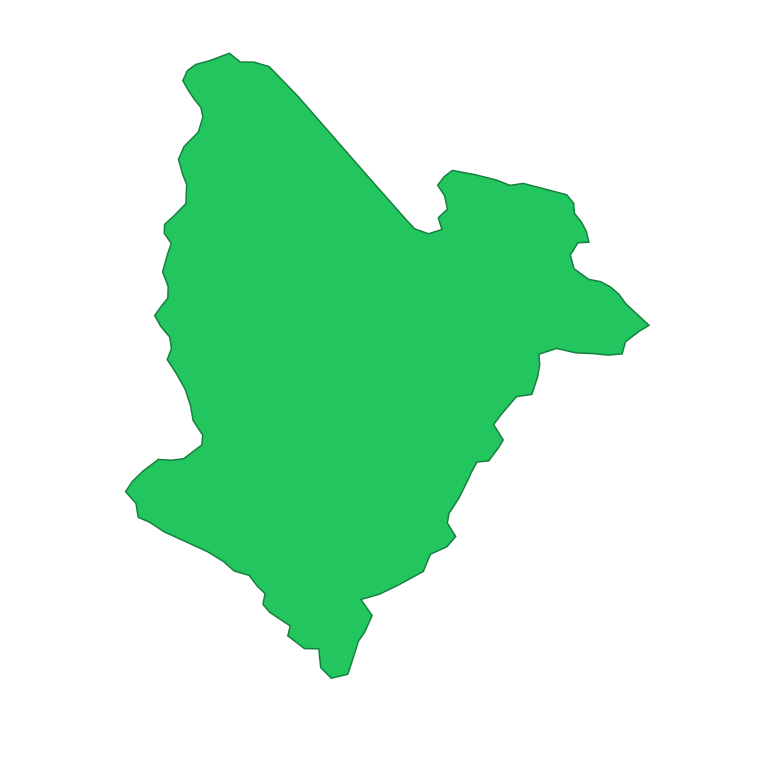 the district of Pedra Bela, São Paulo, Brazil, rotated 100°
{"feature_id": "56859067B20014671939660", "entity_name": "Pedra Bela", "entity_type": "district", "adm_level": 2, "iso_a3": "BRA", "parent_name": "Brazil", "parent_adm1": "São Paulo", "projection": "equal_earth", "projection_center": [-46.441, -22.765], "detail": "fine", "context": "isolated", "style": "filled", "palette": "green", "viewbox_px": 768, "rotation_deg": 100, "n_neighbors": 0, "source": "geoboundaries", "source_scale": "gbopen_adm2", "svg_char_len": 1726}
<svg xmlns="http://www.w3.org/2000/svg" viewBox="0 0 768 768"><g transform="rotate(100 384 384)"><path d="M682.9,384.8L676.1,369.3L664.9,367.6L641.7,364.5L631.6,359.9L614.1,355.5L600.2,369.3L591.7,351.9L579.3,334.7L561.8,312.8L543.6,308.7L533.2,293.7L521.7,286.9L509.9,297.5L500.2,297.5L483.6,290.5L466.9,285.5L455.9,282.6L444.7,278.9L441.6,267.6L426.7,260.1L418.4,256.9L404.9,269.0L393.5,263.2L373.5,251.4L368.5,236.6L350.5,234.0L338.0,234.0L327.8,236.6L319.1,220.5L320.0,200.2L317.7,182.8L316.6,168.3L313.0,154.7L300.5,153.5L287.6,141.7L280.2,133.2L269.5,149.7L263.0,159.8L254.8,168.3L249.2,177.7L245.6,188.3L245.4,200.6L237.5,216.8L224.7,222.9L211.3,217.6L208.8,206.9L198.4,211.3L190.4,217.6L183.0,226.0L172.9,228.7L165.9,237.1L162.3,281.8L166.5,294.4L163.6,308.7L162.1,329.7L161.8,353.8L169.2,360.6L178.9,365.7L188.1,357.0L200.7,351.9L210.8,359.4L221.8,353.8L228.3,366.2L225.9,380.6L218.7,390.3L181.6,436.9L116.1,518.1L91.4,552.2L89.6,567.9L91.9,581.4L85.1,593.7L96.1,612.3L102.0,624.9L109.6,632.1L120.2,634.8L128.5,628.0L136.3,620.5L143.6,612.3L152.6,608.7L168.1,610.6L184.9,622.2L198.4,625.4L212.6,618.6L221.8,613.0L240.7,610.4L255.2,620.3L264.9,627.8L273.7,626.6L282.5,617.9L294.1,619.8L312.1,621.5L325.4,613.5L336.9,611.8L347.2,617.4L356.4,621.7L366.1,613.8L375.0,603.1L386.1,599.5L397.7,601.7L409.2,590.8L423.6,579.0L438.7,570.8L453.0,565.7L465.9,553.6L475.7,552.9L492.4,568.4L496.0,580.2L497.5,593.2L511.7,606.3L523.8,615.0L534.9,619.8L544.7,607.5L558.0,602.9L560.9,590.6L567.7,575.1L579.8,528.7L586.7,511.3L594.2,499.0L595.9,483.6L604.7,474.1L611.2,464.7L622.0,465.0L628.8,456.7L638.6,434.3L648.7,435.0L658.4,416.4L656.1,402.2L674.3,397.1L682.9,384.8Z" fill="#22c55e" stroke="#15803d" stroke-width="1.5"/></g></svg>